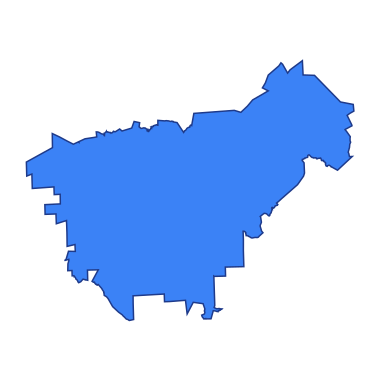 Coyame del Sotol, Chihuahua, Mexico (Albers equal-area conic projection), rotated 268°
{"feature_id": "50627088B56827534885832", "entity_name": "Coyame del Sotol", "entity_type": "district", "adm_level": 2, "iso_a3": "MEX", "parent_name": "Mexico", "parent_adm1": "Chihuahua", "projection": "albers", "projection_center": [-105.311, 29.735], "detail": "fine", "context": "isolated", "style": "filled", "palette": "blue", "viewbox_px": 384, "rotation_deg": 268, "n_neighbors": 0, "source": "geoboundaries", "source_scale": "gbopen_adm2", "svg_char_len": 5815}
<svg xmlns="http://www.w3.org/2000/svg" viewBox="0 0 384 384"><g transform="rotate(268 192 192)"><path d="M127.9,62.2L129.0,66.5L127.7,66.5L124.5,65.5L117.7,65.1L117.7,69.3L112.4,69.3L112.4,71.1L111.9,71.4L111.4,71.3L111.4,71.6L111.1,71.9L110.9,72.3L110.0,72.7L109.2,72.8L108.6,73.6L108.1,74.0L107.6,74.4L106.0,75.0L105.3,75.6L106.2,77.7L108.7,80.0L108.7,80.3L108.2,81.3L108.3,81.7L107.9,82.3L108.0,82.7L107.8,82.8L107.8,83.2L107.4,84.7L117.6,84.8L117.5,95.6L106.2,89.0L105.2,90.4L105.4,91.1L105.2,91.5L104.8,91.5L104.1,91.8L103.9,92.0L103.5,92.3L103.5,92.6L103.1,92.7L102.7,93.5L102.8,93.8L102.7,94.0L102.3,93.9L102.2,94.1L102.8,95.1L99.1,98.1L98.4,98.6L97.6,98.9L95.5,100.3L94.3,100.3L94.2,100.6L92.1,100.6L91.7,100.7L90.8,102.2L90.1,103.1L88.4,104.4L80.2,108.7L74.4,114.5L71.7,118.0L70.6,118.8L69.7,119.7L69.7,119.8L67.4,121.8L67.0,122.7L66.9,123.3L65.8,124.8L66.0,126.1L66.6,129.2L83.0,129.3L90.3,129.5L91.0,160.7L83.3,160.7L83.3,165.6L84.0,181.7L70.3,182.9L81.7,189.4L80.0,199.2L79.5,199.3L74.6,200.8L73.2,200.3L72.9,200.5L72.3,200.3L71.5,200.7L69.8,200.2L69.1,199.0L69.1,198.5L68.7,197.9L68.6,197.4L67.0,197.8L65.7,198.8L64.8,199.2L64.8,199.5L65.0,200.9L64.7,200.8L64.6,206.6L72.6,209.1L72.6,209.6L72.2,211.5L71.7,212.7L71.7,213.3L71.5,213.8L71.9,213.9L72.1,214.4L72.4,214.3L72.6,214.6L72.8,215.0L72.7,215.3L72.9,216.0L73.0,216.3L73.6,216.7L73.6,216.9L73.8,217.2L73.8,217.6L74.1,217.9L74.2,216.8L74.2,216.3L74.5,215.7L74.6,214.8L74.4,212.7L75.1,211.2L75.8,210.1L77.8,210.8L107.2,210.9L106.9,211.3L106.8,222.6L115.8,222.7L115.6,241.2L131.7,241.3L142.6,241.7L151.0,241.7L151.0,242.6L150.9,242.9L150.2,243.8L149.8,243.9L149.7,244.2L149.2,244.4L148.8,244.2L148.5,244.3L148.3,244.2L147.9,244.5L146.5,244.6L146.5,245.5L146.2,246.1L146.1,246.7L145.6,247.1L145.4,247.8L144.5,249.0L144.0,250.0L144.0,251.2L144.2,252.0L144.4,253.6L144.2,255.5L144.4,256.4L144.6,256.8L145.5,257.6L148.8,261.5L150.5,260.2L155.6,258.9L156.3,259.0L159.2,260.3L159.8,260.3L164.6,259.7L165.2,259.3L168.2,263.4L168.0,264.0L168.0,264.6L167.7,265.6L167.0,266.4L165.8,267.5L165.4,268.2L165.5,268.6L166.0,269.0L166.9,269.0L168.1,270.1L168.4,270.1L168.8,270.5L169.5,270.6L169.7,270.8L170.8,271.0L171.0,271.2L171.6,271.4L171.6,271.5L172.2,271.2L172.4,271.8L172.5,271.8L172.8,271.9L173.4,271.3L173.7,271.3L173.8,271.6L173.5,272.6L173.1,273.1L173.9,274.0L174.8,274.4L174.9,274.6L175.2,274.7L175.8,276.9L176.3,277.1L176.5,277.3L178.0,276.1L179.4,278.0L182.3,281.4L195.6,297.7L203.9,304.0L207.0,305.1L217.3,305.0L219.6,303.2L219.9,303.4L220.5,303.4L220.4,303.8L220.6,304.1L221.1,304.3L221.5,305.9L222.0,306.0L222.0,306.4L222.3,307.1L222.6,308.7L223.0,308.9L224.4,309.0L224.9,309.6L224.9,310.6L223.2,312.1L222.3,313.2L222.2,313.6L222.3,314.0L221.7,314.9L221.9,315.3L221.8,315.8L221.9,316.7L221.6,317.1L221.6,317.4L220.9,317.6L220.8,317.8L220.8,318.4L221.0,318.5L221.2,318.9L221.2,320.5L221.5,321.3L221.5,321.7L221.4,321.8L220.7,321.9L220.1,322.5L219.6,322.5L219.3,322.4L218.9,322.7L218.8,322.9L218.8,323.8L219.0,324.3L218.6,324.7L218.3,324.6L217.9,324.8L217.5,325.3L217.3,325.8L216.8,326.1L216.5,326.5L216.1,326.6L215.5,326.3L213.8,326.7L213.3,327.0L212.9,328.0L213.1,328.2L213.5,328.1L213.8,329.2L214.0,329.7L213.9,330.2L213.4,330.9L212.8,331.6L212.2,332.0L212.3,332.4L211.9,332.8L208.7,338.2L221.9,353.4L221.9,350.6L225.2,350.0L226.3,349.5L231.2,351.0L234.1,351.3L236.3,352.3L237.5,351.8L239.9,351.8L241.8,352.1L247.3,348.5L249.0,347.1L249.2,347.3L252.6,354.2L253.2,354.1L253.8,353.9L263.2,349.7L265.1,352.5L267.2,356.6L273.9,356.2L276.8,343.5L304.3,318.5L305.1,307.1L319.4,306.9L310.7,294.3L307.5,291.7L316.5,287.0L318.0,285.4L315.0,283.2L306.2,272.3L298.4,269.1L293.6,266.0L290.4,271.7L281.9,255.8L275.9,250.4L269.9,243.6L272.1,237.1L270.5,196.6L258.5,194.0L259.0,193.5L258.9,193.0L258.5,192.5L257.6,192.1L257.2,192.2L257.1,191.8L256.8,191.6L256.7,190.7L256.0,189.5L255.6,189.0L254.9,188.6L253.8,187.6L253.4,186.7L253.0,186.5L252.9,186.2L252.5,186.2L251.8,185.7L261.9,179.5L262.7,175.7L263.1,175.7L263.3,175.3L263.3,174.9L263.4,174.7L263.5,173.9L263.2,173.4L263.3,172.8L263.9,171.1L263.9,170.3L264.1,169.7L264.2,168.6L264.0,167.3L264.8,160.4L259.9,160.2L260.0,159.7L260.5,159.3L260.5,159.1L260.2,158.4L260.2,158.0L260.1,157.5L259.8,157.3L259.8,156.6L259.6,156.0L259.2,155.5L258.9,155.5L258.9,154.9L258.6,154.8L258.7,154.6L258.6,154.3L258.7,154.1L258.4,154.0L258.4,153.7L258.2,153.9L257.9,153.8L257.6,153.8L257.9,153.5L257.7,153.3L257.1,153.0L256.4,152.9L256.2,152.8L255.8,152.0L255.5,152.0L254.9,151.3L254.0,150.9L254.0,150.3L254.4,150.1L254.8,149.2L255.0,149.3L255.7,150.1L256.1,150.3L256.2,149.8L256.5,149.1L256.4,148.9L256.7,148.4L257.3,147.9L257.3,147.7L257.5,147.6L257.7,147.0L257.6,146.5L257.7,146.4L257.8,145.8L257.4,144.4L257.3,143.3L257.4,143.1L257.7,142.8L258.4,142.0L258.7,141.9L259.0,141.4L263.1,142.1L264.5,136.6L258.0,134.0L255.4,124.2L257.5,121.9L255.0,117.7L254.9,117.1L255.1,116.2L255.3,116.0L255.2,115.6L255.3,115.5L254.7,115.1L254.4,114.7L254.1,114.4L253.9,114.1L253.9,113.2L253.7,113.0L254.3,112.6L254.4,112.2L254.3,111.5L254.6,111.0L254.7,110.3L254.8,110.3L255.1,109.7L255.0,109.3L255.2,108.8L255.1,108.6L255.1,108.4L255.5,108.4L255.1,108.1L254.7,107.9L254.4,107.3L253.9,106.8L253.6,106.6L253.2,106.6L253.3,106.4L252.8,106.5L251.9,106.3L251.5,106.5L251.3,106.5L251.3,106.4L252.3,105.8L252.8,105.5L252.9,105.2L253.0,104.9L253.1,104.4L253.4,103.3L254.6,101.6L255.0,100.7L255.3,99.8L255.4,98.4L250.4,98.7L250.0,96.3L248.9,86.9L246.2,80.5L245.5,80.7L245.9,79.8L243.9,75.1L247.1,69.3L251.7,61.4L255.3,54.4L241.2,54.1L227.7,27.5L213.7,27.4L215.5,32.6L201.1,32.5L201.9,54.2L194.2,54.2L194.3,60.2L184.7,60.0L184.5,44.5L174.8,44.4L174.8,55.3L165.0,55.3L167.9,65.6L166.8,65.6L166.6,65.4L165.6,65.6L156.0,65.6L142.0,65.3L143.6,73.2L136.7,73.3L137.1,66.5L129.1,63.8L127.9,62.2Z" fill="#3b82f6" stroke="#1e3a8a" stroke-width="1.5"/></g></svg>